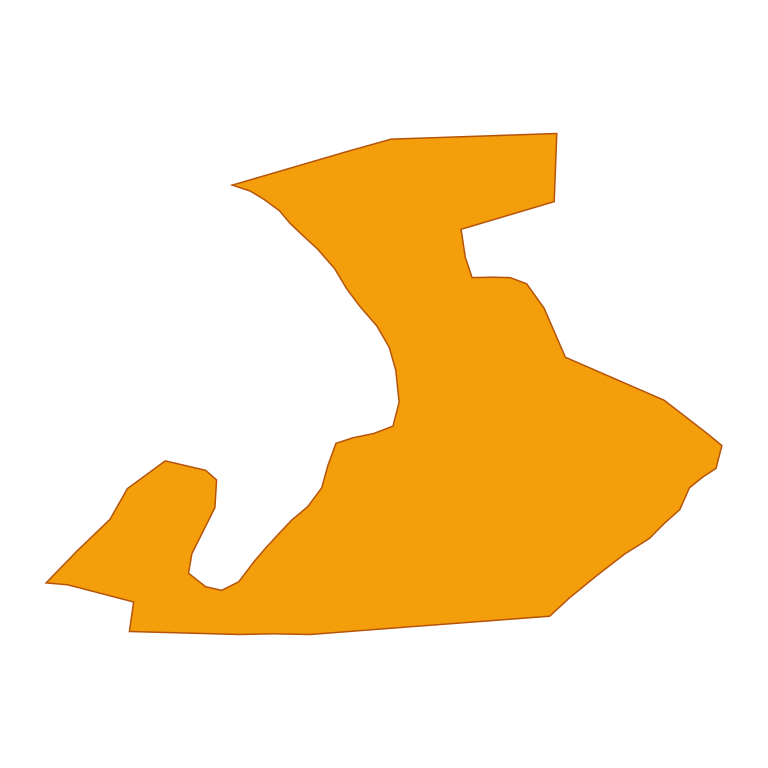 outline of Colinas, Rio Grande do Sul, Brazil
{"feature_id": "56859067B64353341132274", "entity_name": "Colinas", "entity_type": "district", "adm_level": 2, "iso_a3": "BRA", "parent_name": "Brazil", "parent_adm1": "Rio Grande do Sul", "projection": "equal_earth", "projection_center": [-51.881, -29.385], "detail": "fine", "context": "isolated", "style": "filled", "palette": "amber", "viewbox_px": 768, "rotation_deg": 0, "n_neighbors": 0, "source": "geoboundaries", "source_scale": "gbopen_adm2", "svg_char_len": 991}
<svg xmlns="http://www.w3.org/2000/svg" viewBox="0 0 768 768"><path d="M46.1,582.9L67.7,584.8L133.6,602.0L129.4,631.5L239.6,634.5L273.2,633.8L310.0,634.5L405.6,627.1L549.7,616.2L569.1,598.2L596.5,575.8L625.1,553.7L649.5,538.4L664.7,523.0L679.8,509.6L689.4,487.9L702.8,477.0L716.0,468.4L721.9,445.6L708.7,434.7L664.2,400.3L565.4,357.3L544.1,308.2L526.7,283.9L510.2,277.6L492.0,277.2L472.1,277.6L465.3,257.3L461.1,229.3L554.2,201.6L556.8,133.5L391.3,139.1L349.8,150.7L232.2,185.1L250.2,191.1L263.9,199.3L279.6,210.9L290.0,223.3L302.6,235.3L317.2,248.7L334.6,268.6L346.7,288.8L359.0,305.3L377.0,326.2L389.3,347.5L395.8,370.4L399.1,402.2L393.0,426.1L373.3,433.6L353.1,437.7L336.0,443.3L327.9,465.4L321.7,487.9L307.7,506.6L291.4,520.4L279.7,532.8L266.2,547.4L254.7,560.8L238.7,581.8L221.6,590.4L205.6,586.7L188.5,573.2L191.9,553.7L214.9,507.7L216.6,480.0L205.6,470.3L165.2,460.9L127.4,488.6L110.0,519.3L96.8,532.0L76.9,551.1L46.1,582.9Z" fill="#f59e0b" stroke="#b45309" stroke-width="1.5"/></svg>